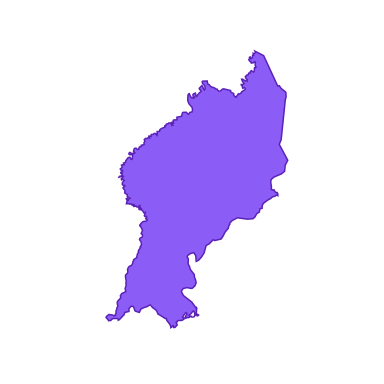 the district of Poro, Savanes, Ivory Coast, rotated 213°
{"feature_id": "98640826B2900878653745", "entity_name": "Poro", "entity_type": "district", "adm_level": 2, "iso_a3": "CIV", "parent_name": "Ivory Coast", "parent_adm1": "Savanes", "projection": "robinson", "projection_center": [-5.804, 9.476], "detail": "fine", "context": "isolated", "style": "filled", "palette": "violet", "viewbox_px": 384, "rotation_deg": 213, "n_neighbors": 0, "source": "geoboundaries", "source_scale": "gbopen_adm2", "svg_char_len": 6043}
<svg xmlns="http://www.w3.org/2000/svg" viewBox="0 0 384 384"><g transform="rotate(213 192 192)"><path d="M118.0,235.7L119.2,237.3L120.3,238.0L121.7,237.1L124.1,238.4L124.3,237.9L125.5,238.0L125.9,237.4L126.9,237.3L128.1,239.5L131.1,242.9L132.2,244.7L132.2,246.6L131.2,249.5L126.9,255.8L125.6,259.8L128.4,265.2L129.0,270.8L144.8,279.5L145.7,284.4L163.9,320.0L164.9,323.0L167.2,326.3L168.1,326.9L173.6,327.4L176.7,328.7L177.9,327.6L206.2,345.4L215.9,344.4L214.8,343.7L214.7,343.1L215.2,342.1L216.3,341.7L214.7,340.2L215.7,339.7L214.5,337.4L215.1,336.0L216.7,337.0L217.2,336.3L216.3,334.8L216.4,333.8L214.1,333.0L213.4,333.3L212.5,332.4L210.8,333.9L210.6,335.1L209.7,335.5L208.1,332.8L206.2,331.3L206.4,330.8L207.2,330.4L207.1,329.9L206.0,328.0L205.6,326.4L205.9,326.0L208.4,326.1L208.6,324.6L208.1,323.4L209.1,322.8L208.8,320.7L209.6,320.2L209.6,319.2L210.2,318.2L210.1,317.7L208.5,316.5L206.8,316.3L206.2,315.0L208.4,314.2L211.0,314.2L211.8,313.6L209.9,312.2L207.4,311.3L208.0,309.7L209.3,309.0L209.1,308.6L207.6,308.2L206.0,306.6L205.0,308.0L203.7,307.9L203.4,307.5L203.5,306.2L204.9,303.2L204.8,301.5L205.7,299.9L206.6,299.6L206.6,297.4L207.1,295.9L206.7,295.7L207.3,295.3L209.7,295.8L210.3,297.0L210.9,297.3L213.2,296.9L214.5,297.3L214.9,298.1L221.6,295.8L222.6,294.7L223.2,292.1L224.4,291.3L226.0,291.4L227.0,292.0L228.1,291.3L229.5,291.6L233.8,290.6L236.0,291.4L237.8,291.3L239.7,293.4L243.4,290.8L243.5,289.9L242.2,288.8L238.9,287.9L237.0,285.4L237.2,284.3L238.2,284.5L240.6,286.3L241.7,286.6L242.4,282.9L241.8,282.3L239.9,281.9L239.1,281.1L239.8,279.4L240.2,276.3L240.1,274.7L241.0,274.7L243.0,276.8L244.2,275.2L244.2,274.0L242.9,272.6L241.6,272.9L241.4,272.5L241.8,271.5L243.3,270.8L245.1,271.2L247.9,273.0L248.2,272.7L248.2,271.1L245.5,266.5L242.8,264.4L237.8,262.9L236.2,261.0L235.6,259.1L237.2,257.6L237.2,255.3L237.8,255.1L240.2,255.8L243.0,253.8L243.0,252.6L242.0,249.8L245.4,246.5L244.0,244.4L246.7,242.3L246.7,241.7L245.1,239.8L246.8,239.6L247.1,239.1L246.8,238.6L244.4,237.6L245.1,236.8L246.7,237.9L247.6,238.1L249.0,237.4L249.2,236.2L250.2,235.5L250.5,234.6L250.2,233.6L250.9,232.9L250.6,232.3L250.0,232.1L250.0,231.8L252.4,228.3L252.9,226.6L252.2,225.2L254.2,223.7L252.4,221.3L252.2,220.4L254.4,221.2L255.6,220.5L256.0,219.1L257.5,218.0L256.5,216.3L258.6,215.6L258.5,215.1L257.1,214.1L258.3,213.8L258.6,212.6L260.2,211.6L260.6,209.9L259.2,209.1L259.1,207.1L258.0,205.8L260.0,203.5L259.3,202.8L260.6,201.1L260.2,198.6L260.8,197.9L262.7,198.3L263.7,197.6L264.0,196.8L263.3,194.3L262.2,193.7L261.4,193.8L261.3,193.1L263.7,191.4L265.7,191.4L266.0,190.5L265.7,189.5L264.6,189.3L262.0,191.0L260.1,187.0L260.3,186.4L260.9,186.3L263.1,187.4L264.3,186.0L264.6,182.3L263.9,181.0L265.2,179.0L263.8,178.3L263.8,177.8L265.2,177.0L265.8,176.1L264.7,175.5L264.0,174.3L264.7,172.2L263.2,171.7L262.0,172.2L261.2,171.0L261.7,169.8L262.3,170.1L262.2,169.1L261.8,168.9L260.8,169.3L260.0,168.7L260.0,167.1L261.4,165.5L261.3,164.7L258.9,167.6L258.0,167.7L258.5,164.5L257.6,163.8L256.9,165.0L255.2,164.8L255.5,161.8L254.4,160.2L252.9,160.1L252.4,160.8L251.6,160.6L252.1,157.8L249.0,156.7L248.2,155.0L247.5,154.4L244.8,154.7L244.1,153.2L243.4,152.8L240.6,153.1L241.1,151.2L243.0,151.3L243.5,150.6L242.4,149.9L241.9,150.7L240.9,150.2L241.4,148.7L240.6,146.4L238.8,147.7L237.8,147.8L236.5,149.0L236.0,149.1L235.8,148.5L234.6,148.4L233.9,149.9L232.6,149.4L233.3,149.0L233.3,148.4L232.8,148.2L231.0,149.9L230.1,149.4L229.1,150.1L227.6,149.4L227.4,149.7L228.6,150.3L228.8,151.9L228.5,152.3L227.2,151.2L226.5,149.9L226.5,149.1L227.4,148.4L225.7,148.9L225.3,150.3L224.1,149.4L222.7,149.2L221.2,148.3L220.0,149.5L219.1,146.2L218.0,145.8L217.3,146.7L216.7,146.7L216.2,145.9L216.3,144.4L215.7,144.3L215.1,144.8L214.2,143.9L215.1,141.9L216.1,141.5L217.0,140.4L217.7,137.7L217.2,136.4L217.8,135.9L217.5,135.3L215.3,134.6L212.6,132.9L212.0,129.4L210.4,129.2L209.4,128.0L209.3,126.8L210.5,124.8L210.1,123.5L207.5,122.4L205.8,120.5L205.4,118.3L205.1,118.1L205.6,117.7L205.0,116.6L205.0,113.5L204.4,112.6L203.9,112.5L204.1,110.6L202.7,106.7L204.1,103.4L203.6,102.4L203.6,101.3L203.0,100.4L202.7,97.6L204.0,95.7L204.3,94.1L203.8,91.7L202.7,90.6L201.9,88.9L202.5,86.2L201.6,84.6L198.7,81.5L197.6,79.2L196.5,78.1L195.5,74.6L193.3,72.4L195.6,68.6L195.6,66.0L194.1,64.5L194.9,59.7L194.4,58.3L191.9,55.7L191.9,53.9L191.1,52.6L191.1,51.2L189.4,48.4L189.7,47.6L189.1,46.9L189.8,45.8L191.8,45.5L195.0,44.0L195.8,41.6L195.9,40.1L195.5,39.8L192.8,39.2L191.9,38.6L190.2,39.9L189.8,41.9L189.1,43.0L185.7,45.2L184.6,45.1L184.0,44.3L183.4,45.4L182.1,52.0L182.7,54.4L179.8,57.5L181.4,60.1L180.6,63.3L178.6,64.0L175.3,61.4L174.3,61.3L170.6,62.3L171.1,65.9L169.5,68.7L167.0,71.8L166.2,73.8L165.3,74.6L162.1,73.6L158.1,73.4L156.3,72.7L153.9,71.0L152.4,71.3L145.5,71.3L144.6,71.9L143.2,70.6L138.5,68.9L136.8,67.8L135.9,66.7L135.3,68.1L135.3,69.5L134.8,69.6L133.5,68.4L132.5,69.2L132.0,72.4L134.3,74.1L133.7,75.3L133.9,76.1L133.4,76.8L130.5,78.8L129.7,80.5L129.5,81.4L130.1,82.0L131.4,81.7L131.8,82.1L131.7,86.6L131.4,87.5L130.6,87.5L129.6,86.8L129.8,85.4L129.5,83.4L128.4,82.7L128.0,83.7L126.3,84.9L125.6,86.5L124.2,87.1L124.6,87.6L126.0,86.8L127.3,87.0L126.6,89.5L126.3,92.8L125.4,93.0L123.4,91.6L122.4,89.5L122.6,88.2L122.3,88.5L122.2,90.6L121.2,91.5L120.2,90.9L119.6,91.7L119.4,92.4L119.7,92.5L121.7,92.3L122.4,92.6L123.8,95.5L124.8,96.3L124.5,96.9L125.7,97.7L126.2,97.2L132.0,99.5L142.8,100.5L146.4,102.5L146.9,103.4L146.8,106.3L144.1,109.1L140.1,110.7L139.3,111.5L138.4,114.8L139.1,118.2L141.9,120.9L143.0,121.4L145.3,124.1L151.2,126.1L153.4,128.1L156.0,129.5L158.7,134.0L160.7,134.8L161.0,136.6L159.8,139.5L157.5,142.1L154.1,140.6L150.7,136.1L149.3,138.3L148.6,142.8L148.7,147.5L151.0,154.8L149.3,158.0L148.2,163.6L146.6,163.6L142.0,168.4L141.9,171.5L142.4,176.3L141.8,181.4L142.7,183.6L142.7,185.6L143.4,186.7L142.6,190.2L139.9,195.1L131.1,199.2L126.3,202.8L125.6,205.4L125.9,209.2L124.6,211.8L125.9,215.0L124.3,216.4L125.8,219.1L125.9,221.5L124.2,226.2L122.5,229.3L121.9,231.7L120.1,233.6L119.4,235.6L118.0,235.7Z" fill="#8b5cf6" stroke="#5b21b6" stroke-width="1.5"/></g></svg>